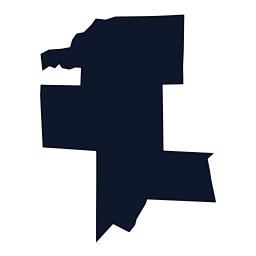 the district of Boa Vista do Sul, Rio Grande do Sul, Brazil
{"feature_id": "56859067B52990644407609", "entity_name": "Boa Vista do Sul", "entity_type": "district", "adm_level": 2, "iso_a3": "BRA", "parent_name": "Brazil", "parent_adm1": "Rio Grande do Sul", "projection": "robinson", "projection_center": [-51.681, -29.359], "detail": "fine", "context": "isolated", "style": "filled", "palette": "ink", "viewbox_px": 256, "rotation_deg": 0, "n_neighbors": 0, "source": "geoboundaries", "source_scale": "gbopen_adm2", "svg_char_len": 686}
<svg xmlns="http://www.w3.org/2000/svg" viewBox="0 0 256 256"><path d="M206.8,158.6L212.1,153.8L162.7,151.3L162.3,113.7L161.8,83.9L182.6,83.5L182.3,66.2L183.0,51.1L183.5,15.4L157.7,16.6L146.6,16.9L115.4,17.3L105.8,20.4L96.1,19.4L91.4,25.8L84.1,32.9L76.9,34.3L72.8,40.2L70.7,47.8L61.5,49.5L49.0,50.4L41.3,54.4L43.0,69.5L49.4,65.3L54.8,67.4L59.3,62.8L62.4,67.4L69.5,68.8L75.1,66.7L81.8,67.1L81.1,86.2L45.6,85.6L41.3,85.4L40.9,94.8L41.4,106.9L42.8,134.3L43.4,146.7L97.0,150.3L97.0,181.5L96.8,226.0L96.8,240.6L112.9,223.1L129.1,231.4L134.4,224.7L136.0,218.7L145.0,203.5L146.6,198.6L215.1,201.6L210.5,179.4L209.1,170.1L206.8,158.6Z" fill="#0f172a" stroke="#020617" stroke-width="1.5"/></svg>